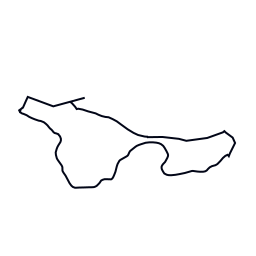 outline of Grande Riviere, Dennery, Saint Lucia, rotated 152°
{"feature_id": "8701671B60568978044101", "entity_name": "Grande Riviere", "entity_type": "district", "adm_level": 2, "iso_a3": "LCA", "parent_name": "Saint Lucia", "parent_adm1": "Dennery", "projection": "albers", "projection_center": [-60.932, 13.933], "detail": "fine", "context": "isolated", "style": "outline", "palette": "ink", "viewbox_px": 256, "rotation_deg": 152, "n_neighbors": 0, "source": "geoboundaries", "source_scale": "gbopen_adm2", "svg_char_len": 2220}
<svg xmlns="http://www.w3.org/2000/svg" viewBox="0 0 256 256"><g transform="rotate(152 128 128)"><path d="M44.4,80.0L46.2,79.6L62.7,82.0L82.5,89.3L88.1,94.5L101.8,103.9L115.0,110.7L115.0,111.2L116.0,111.8L117.4,112.7L118.3,113.5L122.4,117.1L125.4,121.1L128.9,127.0L132.9,135.2L134.8,139.2L137.4,143.1L140.1,146.6L141.3,147.4L142.8,148.4L144.6,150.0L145.5,150.8L147.9,153.6L148.9,155.0L149.7,156.1L155.4,161.4L159.4,165.6L162.9,168.4L163.3,168.5L164.4,168.8L164.6,170.6L164.7,171.6L165.8,176.0L166.7,178.3L152.0,175.0L167.1,178.4L183.8,182.2L201.9,202.5L205.7,199.6L211.2,195.3L215.8,194.7L215.9,194.4L215.8,194.0L214.4,194.5L215.9,192.6L214.6,190.4L213.7,189.6L211.5,186.9L210.0,184.2L208.2,181.8L206.2,179.4L203.4,176.4L201.7,175.1L199.6,172.6L198.5,170.1L197.8,168.0L197.6,166.7L197.1,164.3L196.3,162.3L195.9,160.5L195.8,159.6L195.2,158.1L193.8,156.8L192.4,155.2L192.4,154.3L192.1,153.3L192.0,152.2L192.3,150.0L193.1,148.5L194.3,147.3L196.6,146.0L197.8,145.3L199.3,144.3L200.9,142.9L203.3,140.4L204.3,138.0L205.1,134.5L205.0,132.6L204.6,129.5L204.2,126.4L204.2,125.0L204.4,124.1L205.8,121.3L206.0,120.4L205.9,118.5L205.5,115.2L205.5,112.1L205.5,106.7L205.1,103.8L204.4,101.9L202.9,100.2L201.8,99.6L199.2,98.4L194.6,96.1L189.5,93.6L187.4,92.5L185.8,91.8L184.4,91.6L182.9,91.6L180.5,92.3L178.8,92.9L176.4,94.2L174.8,94.2L172.7,93.8L171.2,93.0L167.0,90.6L166.4,90.6L165.3,90.9L163.8,91.8L161.8,93.4L159.6,95.3L155.9,99.4L154.1,101.1L151.0,103.1L149.8,103.4L142.8,103.6L141.5,103.7L140.4,104.2L138.4,105.8L137.1,106.6L136.2,106.8L133.6,107.3L130.4,107.9L128.7,108.1L126.2,107.9L124.3,107.6L119.4,106.7L116.1,105.4L112.8,103.7L109.8,101.7L107.9,100.1L106.4,98.2L105.3,95.7L105.0,93.3L104.9,89.4L105.0,86.5L105.3,85.3L106.0,84.3L107.4,83.1L111.2,80.6L112.7,80.1L114.2,79.6L115.3,79.0L116.3,78.3L117.0,77.2L117.4,76.1L117.5,75.1L117.5,73.1L117.3,70.8L115.8,68.6L114.4,67.4L112.2,66.1L108.1,64.4L104.4,63.2L99.0,61.6L93.4,60.4L91.9,60.1L90.8,59.6L87.2,57.0L84.7,55.4L81.9,54.0L80.1,53.5L79.6,53.5L78.3,53.6L76.5,54.3L74.3,54.9L71.8,54.9L68.2,54.1L66.0,54.2L61.9,55.5L58.2,57.0L55.1,57.7L52.7,57.6L52.3,56.5L52.2,55.8L50.0,57.7L40.5,64.5L40.1,70.4L43.8,78.1L44.4,80.0Z" fill="none" stroke="#020617" stroke-width="2"/></g></svg>